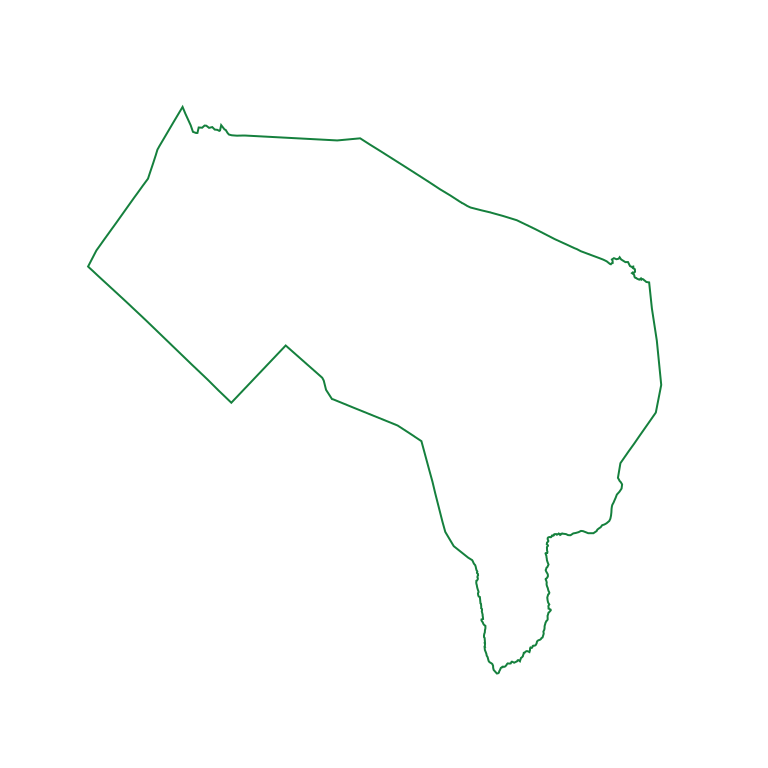 Santo Domingo Nuxaá, Oaxaca, Mexico, rotated 352°
{"feature_id": "50627088B43752024879385", "entity_name": "Santo Domingo Nuxaá", "entity_type": "district", "adm_level": 2, "iso_a3": "MEX", "parent_name": "Mexico", "parent_adm1": "Oaxaca", "projection": "equal_earth", "projection_center": [-97.046, 17.162], "detail": "fine", "context": "isolated", "style": "outline", "palette": "green", "viewbox_px": 768, "rotation_deg": 352, "n_neighbors": 0, "source": "geoboundaries", "source_scale": "gbopen_adm2", "svg_char_len": 5971}
<svg xmlns="http://www.w3.org/2000/svg" viewBox="0 0 768 768"><g transform="rotate(352 384 384)"><path d="M455.5,686.4L456.8,686.3L457.6,685.8L458.1,684.6L459.0,683.4L460.2,681.4L461.3,681.0L461.8,681.0L461.9,680.5L462.4,680.4L463.6,680.8L464.9,680.5L465.5,679.9L466.1,679.4L466.9,678.4L467.6,677.9L468.8,678.2L469.8,678.3L470.5,678.4L471.7,676.8L472.2,676.8L474.1,678.1L477.2,677.1L477.9,676.2L478.8,676.2L480.0,677.5L480.6,676.2L481.6,674.3L482.3,674.0L483.0,673.5L483.6,673.0L483.8,672.3L484.2,671.6L484.6,670.9L485.0,669.7L485.5,669.8L486.0,669.6L486.3,669.2L487.3,668.6L488.1,668.4L489.0,668.6L489.7,669.0L490.7,669.7L491.5,668.0L491.9,666.0L492.4,665.3L493.5,665.9L494.0,665.7L494.4,665.0L494.8,664.2L495.4,663.9L495.8,664.1L497.4,663.9L497.9,663.6L498.4,663.0L498.9,662.2L499.2,661.8L499.4,660.9L499.8,660.2L500.4,659.7L501.2,659.3L502.6,659.0L503.3,658.8L504.0,658.3L504.5,657.6L505.2,657.3L505.7,657.1L507.4,653.5L507.4,651.3L507.8,650.7L508.5,649.7L509.0,648.2L509.3,646.3L509.5,645.7L510.5,643.5L510.7,642.9L511.3,642.1L511.7,641.4L512.4,641.0L512.9,640.5L513.3,639.9L513.4,639.2L513.5,638.3L513.6,637.3L513.7,636.3L514.2,635.4L514.7,634.2L515.1,633.3L515.6,633.1L517.6,631.4L517.6,630.6L515.7,629.3L515.9,628.8L515.8,627.5L516.0,626.5L517.0,625.3L516.4,624.0L516.2,623.5L516.0,622.5L516.0,621.9L515.9,620.9L515.9,620.2L516.0,619.6L515.9,618.7L516.0,618.1L517.3,615.2L518.3,614.6L518.7,613.5L518.5,612.8L518.1,611.8L517.9,610.3L517.8,609.0L517.5,607.8L517.3,607.0L517.1,605.5L517.2,604.4L517.5,603.3L517.4,601.9L517.2,601.1L516.9,600.0L517.1,599.4L517.8,599.2L518.6,598.5L518.8,598.1L519.4,597.6L519.6,596.8L519.7,595.7L519.5,594.6L519.0,593.5L518.5,592.2L518.2,590.8L518.8,589.8L519.4,588.5L520.2,588.1L521.8,585.7L521.2,583.3L520.8,581.0L520.9,579.6L520.8,578.3L520.9,576.9L520.6,575.6L520.4,574.2L520.9,573.9L522.1,574.1L522.5,573.0L522.3,571.7L522.6,568.5L522.8,568.0L523.7,567.2L523.9,567.0L523.8,566.4L522.9,565.3L523.4,563.7L524.7,562.8L524.9,562.2L524.5,560.8L524.6,559.5L525.1,558.9L525.6,558.7L526.3,558.6L527.0,558.6L527.5,558.9L528.1,558.9L528.9,558.2L529.1,557.5L529.3,557.5L529.9,557.8L530.2,557.8L530.5,557.4L530.8,557.5L531.0,557.1L531.3,557.3L531.8,556.9L532.0,556.5L532.4,556.4L533.3,556.6L534.0,556.7L534.2,557.2L534.5,557.1L534.9,557.2L535.3,556.9L535.8,556.8L536.2,556.4L536.8,556.8L537.4,558.0L538.0,557.8L538.5,557.0L538.9,556.9L539.1,556.9L539.4,557.1L539.9,556.9L540.2,557.1L543.4,558.0L545.3,559.3L547.7,559.7L550.6,558.3L553.1,558.2L556.0,557.8L558.6,556.9L560.6,557.4L563.1,558.8L565.5,560.2L570.7,560.9L571.0,560.7L574.1,559.2L575.0,557.9L577.1,556.7L578.6,556.0L580.4,554.2L582.7,553.8L585.0,552.9L588.0,551.0L589.4,548.9L590.5,545.9L591.3,542.8L592.0,539.2L592.7,536.8L593.3,535.4L594.8,533.4L596.0,531.4L597.5,529.0L599.2,525.9L602.1,523.5L604.7,520.6L605.8,516.6L604.9,514.3L603.9,512.9L602.9,510.2L602.6,509.5L607.1,495.3L617.0,484.6L623.7,477.6L630.4,470.3L638.8,461.3L649.2,450.1L658.4,423.5L660.2,379.0L659.8,346.4L660.7,320.3L658.0,319.5L656.7,318.0L656.2,317.6L655.4,316.5L654.8,316.2L654.4,316.0L653.4,316.5L653.1,315.2L651.3,316.2L649.3,315.0L648.5,314.1L647.7,313.9L646.9,312.6L647.0,311.2L646.6,310.3L645.0,308.7L646.0,308.1L646.8,308.8L648.2,307.8L648.4,305.3L646.7,303.9L647.2,303.2L647.2,302.4L645.7,302.6L644.0,301.4L642.6,297.2L640.0,296.9L636.1,293.6L635.0,291.3L633.8,292.6L631.6,292.8L629.2,291.4L627.0,292.4L627.5,293.8L627.4,295.4L627.2,296.1L626.3,296.1L625.3,297.0L624.4,296.5L621.6,293.5L619.4,292.0L618.0,291.1L617.8,291.0L614.4,289.1L607.9,285.6L597.4,279.9L593.8,277.3L593.1,276.9L591.5,276.0L573.1,264.2L555.8,252.0L538.3,240.3L529.8,236.3L525.1,234.1L514.5,229.5L513.6,229.1L513.4,228.9L512.1,228.5L511.9,228.4L504.5,225.5L494.3,221.3L492.3,220.0L490.8,219.0L489.6,217.9L489.1,217.6L488.3,216.9L486.8,215.8L486.4,215.7L485.9,215.1L484.0,213.6L483.7,213.3L476.0,206.6L466.5,198.9L456.5,190.1L437.4,173.7L411.6,151.8L405.0,146.3L403.2,144.8L394.6,137.4L371.6,136.3L280.4,118.5L272.8,117.6L267.8,116.5L265.2,115.4L264.1,113.8L262.6,110.4L261.5,109.7L258.8,105.0L256.9,110.1L256.1,110.4L254.3,109.1L251.8,108.5L249.7,105.7L246.4,106.0L244.0,103.5L242.3,103.1L239.6,104.9L236.2,104.2L234.2,109.4L232.9,109.3L229.9,107.7L228.6,101.0L224.9,88.6L223.1,81.6L211.6,95.9L201.6,108.5L194.5,117.4L193.4,118.9L192.3,120.3L189.9,125.5L187.9,129.6L186.2,133.1L182.6,140.3L181.1,143.3L178.9,147.8L172.7,154.1L166.3,160.8L162.5,164.7L153.6,174.1L151.8,176.0L148.4,179.6L146.4,181.7L141.4,187.0L135.9,192.7L127.0,202.0L120.2,209.2L117.8,211.7L107.3,226.5L108.1,227.5L108.3,227.8L111.3,231.4L115.8,237.0L139.1,265.4L156.7,287.3L167.5,301.1L196.2,337.8L209.8,354.9L219.1,367.2L230.2,381.3L292.0,332.2L323.7,369.2L324.8,372.2L325.8,381.7L330.4,391.7L331.5,392.1L349.5,402.6L391.7,427.0L406.4,439.8L406.5,439.9L407.1,440.5L413.1,445.8L416.8,475.3L418.4,487.6L419.5,499.2L422.7,528.4L424.1,539.0L430.5,554.3L443.2,567.7L446.8,570.7L447.2,571.7L448.0,574.4L448.5,575.2L449.1,576.1L449.4,577.8L449.5,579.6L449.7,581.3L450.1,582.1L450.3,582.9L449.8,583.7L449.9,584.4L450.6,585.2L450.5,586.7L449.9,587.3L449.6,588.3L449.9,589.3L449.7,590.4L448.7,591.6L448.1,591.7L447.7,593.6L447.7,594.9L447.9,596.0L447.9,596.9L448.0,598.7L448.3,600.8L448.6,602.2L448.7,603.2L448.1,604.0L447.9,604.5L447.9,606.2L448.2,607.6L449.3,608.3L449.0,614.7L449.4,615.0L449.4,616.5L449.3,617.6L449.2,618.7L449.0,619.6L449.7,620.5L449.6,621.7L449.2,622.6L449.6,626.5L449.4,627.0L449.5,628.6L449.4,630.5L447.8,630.7L447.6,631.7L448.0,632.7L448.6,633.7L449.0,635.4L449.6,636.5L450.4,637.2L450.8,637.8L450.6,638.2L450.6,638.9L450.3,640.5L449.8,641.5L449.2,644.2L448.6,645.2L448.0,647.0L447.8,648.5L448.3,649.5L448.0,654.3L447.6,654.5L447.9,655.4L447.3,657.8L447.4,658.4L447.0,658.4L446.9,661.5L447.4,663.5L447.8,665.3L447.9,667.3L448.6,668.9L448.8,670.8L449.1,672.9L449.4,673.6L450.2,674.5L451.6,675.6L452.3,676.4L452.8,678.2L452.7,679.2L452.6,680.2L452.8,682.4L453.6,683.6L455.0,685.7L455.5,686.4Z" fill="none" stroke="#15803d" stroke-width="2"/></g></svg>